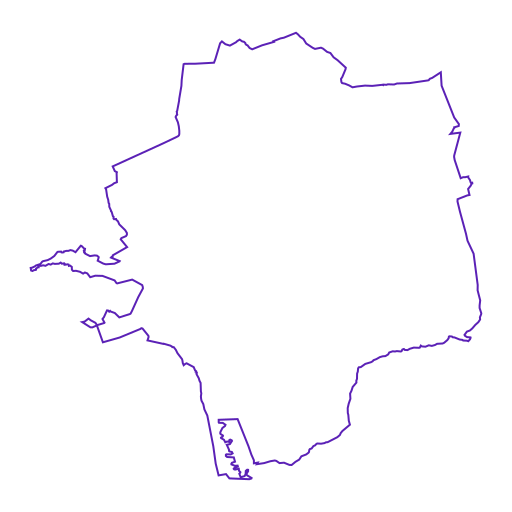 the district of Mogosesti, Iasi, Romania
{"feature_id": "2599482B56891925911453", "entity_name": "Mogosesti", "entity_type": "district", "adm_level": 2, "iso_a3": "ROU", "parent_name": "Romania", "parent_adm1": "Iasi", "projection": "natural_earth1", "projection_center": [27.481, 47.029], "detail": "fine", "context": "isolated", "style": "outline", "palette": "violet", "viewbox_px": 512, "rotation_deg": 0, "n_neighbors": 0, "source": "geoboundaries", "source_scale": "gbopen_adm2", "svg_char_len": 5974}
<svg xmlns="http://www.w3.org/2000/svg" viewBox="0 0 512 512"><path d="M470.5,337.4L467.0,337.1L465.0,335.8L464.5,334.9L466.9,331.6L469.9,330.5L472.3,328.4L475.3,324.9L478.3,322.2L480.1,319.5L479.9,317.3L481.1,314.4L481.3,313.3L479.6,308.0L479.6,305.5L480.2,300.4L477.6,290.3L477.7,285.0L473.6,253.7L467.5,240.7L466.0,233.8L460.0,211.8L457.5,201.5L457.6,199.2L467.3,195.4L469.5,195.0L468.1,189.0L470.7,185.7L471.7,183.6L472.3,183.4L472.2,182.7L471.0,182.9L470.5,182.0L470.0,180.1L468.1,177.3L468.2,176.5L465.2,177.2L463.1,177.2L460.7,178.2L454.7,160.1L454.1,156.9L454.2,155.5L460.3,132.6L450.4,133.9L452.3,131.6L453.7,128.6L454.5,127.7L454.3,127.3L458.7,126.0L458.9,124.1L454.2,117.5L441.6,85.7L440.8,72.3L432.2,77.9L429.8,78.8L428.7,80.2L428.0,80.4L409.6,83.1L397.0,83.5L394.1,84.5L387.9,84.3L386.4,84.8L383.4,84.6L383.2,85.1L382.3,84.8L372.3,85.9L365.0,85.6L357.0,86.5L352.5,87.3L349.1,85.4L345.0,83.7L342.1,83.1L341.4,82.0L341.0,78.9L342.3,77.0L345.5,69.3L345.8,67.7L337.6,60.2L333.6,57.3L330.4,53.0L327.1,51.9L323.0,48.6L321.0,47.7L315.0,48.9L312.7,47.8L306.2,43.5L303.4,39.0L300.2,36.8L297.9,34.3L296.0,32.8L283.9,37.7L280.5,38.4L273.4,41.2L273.9,41.9L262.1,45.3L252.2,49.3L249.6,48.0L247.5,45.3L246.4,44.9L245.5,43.9L245.3,43.0L244.0,41.8L242.2,41.4L239.7,39.6L237.2,41.1L236.1,42.2L229.9,45.6L225.4,44.2L221.9,41.4L220.1,43.3L215.4,59.0L214.0,62.7L195.7,63.7L184.6,63.8L183.6,64.2L181.7,80.0L181.4,85.9L179.2,99.0L179.1,100.7L177.2,110.8L176.7,111.6L177.0,112.8L176.9,114.0L177.2,114.7L176.2,115.7L175.6,117.0L177.9,122.3L178.8,126.3L179.3,130.8L179.3,134.0L179.0,135.2L178.2,136.1L176.7,136.9L163.7,143.1L112.7,166.4L114.8,171.1L116.9,172.2L116.6,173.3L116.9,182.2L114.2,183.2L112.0,184.9L105.4,188.2L106.1,189.4L107.2,196.7L108.2,199.8L108.6,202.9L109.2,203.8L109.3,206.8L111.1,210.8L111.0,211.2L111.7,212.0L112.9,216.2L113.6,216.8L113.5,218.5L114.1,219.2L116.0,219.0L116.1,219.6L118.0,221.4L119.3,224.4L125.2,230.2L126.9,233.0L126.9,234.7L126.0,236.1L121.4,238.1L120.7,239.3L127.1,247.1L112.8,255.3L112.6,256.8L111.6,256.9L111.0,257.6L119.7,261.1L119.5,261.4L114.5,263.7L105.8,264.3L103.3,263.6L97.7,260.7L98.7,257.4L98.6,256.9L96.9,255.6L94.6,255.4L90.0,256.1L85.3,253.7L84.1,252.4L84.1,251.9L84.5,251.8L83.8,250.8L84.1,250.3L84.8,250.1L85.0,248.8L84.3,248.7L81.6,246.0L80.8,245.7L75.5,252.2L72.7,250.6L70.4,250.1L68.3,250.9L66.3,250.9L63.8,251.5L63.6,252.3L62.4,252.5L61.5,252.4L61.1,251.6L57.9,251.8L57.3,252.1L54.3,256.0L50.7,258.6L47.7,260.1L43.0,261.2L42.2,261.7L40.4,264.0L35.9,265.5L34.8,266.4L32.0,267.7L30.7,267.9L31.1,270.5L32.5,271.0L33.8,270.2L35.9,269.9L36.1,269.6L36.0,268.7L37.7,267.4L38.6,267.3L38.4,266.2L38.7,265.6L40.8,265.9L43.1,265.3L45.5,265.8L48.6,264.0L50.7,264.6L52.8,263.4L54.8,263.9L58.8,263.7L60.7,262.6L61.8,263.7L64.2,263.3L64.7,263.8L64.4,264.7L64.6,264.8L67.7,264.3L68.6,264.6L68.9,265.9L70.1,265.6L71.8,266.9L71.9,269.7L73.1,271.0L76.0,270.8L80.0,271.8L83.1,273.6L84.9,272.5L87.3,273.4L90.2,277.2L95.3,275.7L102.5,275.9L114.6,280.4L116.5,283.1L117.2,283.4L132.2,279.6L142.2,285.1L142.8,287.0L142.9,288.5L138.3,297.0L132.0,310.9L130.6,313.6L130.0,314.0L119.3,317.4L114.8,313.0L110.6,311.5L110.1,310.9L109.2,311.7L108.1,310.5L107.0,310.4L103.9,317.2L102.5,319.0L104.5,322.7L104.2,323.0L97.0,325.2L95.4,322.8L90.9,320.4L88.5,318.6L84.6,321.6L82.2,322.1L90.4,327.3L92.3,327.4L96.9,325.4L102.9,342.3L119.7,337.5L140.5,328.9L141.3,328.2L142.5,328.5L148.4,335.8L148.6,337.0L147.5,340.4L163.4,343.9L163.6,343.7L170.3,345.6L171.9,346.5L172.3,347.1L173.7,347.1L175.8,349.8L177.5,353.2L182.0,359.1L182.4,360.4L182.8,363.1L183.7,365.2L185.1,364.0L186.6,363.3L193.7,367.1L195.0,370.2L196.0,371.1L195.7,371.8L196.6,372.2L196.9,372.9L196.4,373.5L196.6,374.3L198.8,378.3L199.5,380.8L200.6,382.9L200.9,391.4L201.3,393.3L200.9,396.5L201.1,398.7L201.5,400.7L203.3,404.1L204.4,409.4L207.3,415.5L213.3,446.3L215.7,463.6L218.6,475.4L226.0,474.1L229.4,478.4L249.3,479.2L251.4,478.5L251.6,478.0L247.2,475.4L246.5,474.5L246.7,473.5L248.1,471.2L248.1,469.8L247.7,469.7L247.0,469.8L245.8,470.9L245.6,474.1L244.6,476.1L240.7,477.2L239.3,473.7L240.2,472.8L240.4,472.2L239.0,470.7L238.8,468.8L235.1,469.6L234.1,469.3L233.7,468.8L234.4,467.9L237.9,466.6L237.6,465.6L234.9,465.8L231.4,464.4L231.3,463.9L231.9,462.8L235.0,461.7L233.8,457.4L227.1,457.0L225.9,456.0L225.9,454.7L226.4,454.3L230.8,454.4L232.6,453.4L231.9,452.0L229.4,451.4L229.0,450.9L229.0,449.7L226.8,444.8L229.9,444.1L232.0,440.9L231.7,440.3L230.2,439.6L229.4,440.0L229.2,440.6L229.4,441.5L229.1,441.9L227.1,441.5L225.3,442.3L224.0,439.8L221.1,438.1L221.0,437.6L222.6,436.6L223.0,435.8L222.8,435.4L220.6,434.1L220.2,433.1L220.5,431.8L222.4,428.0L225.0,426.0L225.5,424.8L222.8,422.9L219.0,422.8L218.7,422.3L218.7,419.8L237.6,419.1L248.5,446.3L251.4,454.7L253.9,460.3L253.9,463.3L257.7,462.6L256.8,464.2L264.1,463.1L270.5,461.2L274.8,460.5L276.3,460.9L279.5,463.1L284.0,462.7L289.4,464.9L291.6,465.0L295.5,461.8L299.2,459.6L301.4,456.3L306.1,454.5L308.4,452.8L309.0,452.0L309.3,449.9L309.8,449.1L311.6,448.5L313.4,446.1L315.2,445.3L316.0,444.3L317.2,443.5L321.1,443.7L324.5,443.1L326.0,442.3L327.6,442.2L337.3,437.2L339.9,435.0L340.7,433.1L342.4,431.0L349.9,424.7L348.8,420.7L348.3,414.8L347.8,413.0L347.7,408.1L348.7,403.7L350.4,398.8L350.1,393.6L351.5,390.7L352.7,386.9L356.4,382.6L356.3,380.8L357.0,378.8L357.1,373.6L357.8,371.6L358.1,368.4L358.8,367.3L360.8,367.1L365.3,363.9L371.0,362.2L372.6,361.3L373.5,360.2L376.4,359.1L379.9,357.1L382.7,356.3L385.4,356.1L388.2,354.4L389.2,352.5L392.7,351.3L395.0,351.5L396.8,351.1L400.9,351.5L401.6,351.1L402.3,349.6L403.4,349.1L403.9,349.0L404.7,349.9L407.5,350.1L409.8,348.8L413.8,347.6L419.1,347.8L419.8,347.6L420.8,345.6L421.8,346.4L425.5,346.7L428.8,345.3L431.8,345.9L435.0,345.0L437.1,343.8L442.6,343.5L444.1,342.8L447.3,340.1L448.6,338.3L448.9,336.6L449.4,336.3L451.9,336.5L452.8,337.3L454.4,337.4L459.6,339.5L462.5,339.9L463.1,340.5L466.9,340.7L468.3,341.2L470.0,339.3L470.6,337.8L470.5,337.4Z" fill="none" stroke="#5b21b6" stroke-width="2"/></svg>